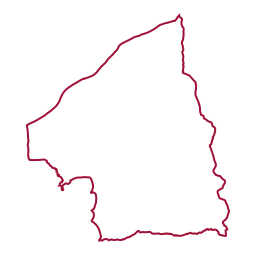 the district of Sandan, Kâmpóng Thum, Cambodia
{"feature_id": "14789045B38871502259240", "entity_name": "Sandan", "entity_type": "district", "adm_level": 2, "iso_a3": "KHM", "parent_name": "Cambodia", "parent_adm1": "Kâmpóng Thum", "projection": "albers", "projection_center": [105.429, 13.113], "detail": "fine", "context": "isolated", "style": "outline", "palette": "rose", "viewbox_px": 256, "rotation_deg": 0, "n_neighbors": 0, "source": "geoboundaries", "source_scale": "gbopen_adm2", "svg_char_len": 5816}
<svg xmlns="http://www.w3.org/2000/svg" viewBox="0 0 256 256"><path d="M29.6,159.9L33.2,160.1L38.1,160.0L44.5,159.5L45.1,159.9L46.7,160.7L46.9,161.0L46.9,162.2L47.3,162.3L48.2,163.4L48.9,163.7L49.6,164.9L50.5,165.7L50.4,165.8L51.7,166.7L52.1,167.6L53.5,168.0L54.9,168.3L55.6,168.6L55.4,168.9L55.9,169.0L56.0,169.5L56.6,169.8L56.4,170.2L56.7,170.7L56.5,171.4L56.8,171.4L56.8,171.7L57.2,172.0L57.4,172.8L57.4,173.4L57.5,173.6L57.6,174.0L57.9,174.2L57.6,174.5L57.7,174.8L57.6,175.3L57.7,175.7L57.8,175.8L58.2,175.9L58.7,175.7L58.6,176.0L58.8,176.1L59.0,176.1L60.2,176.8L60.8,177.0L61.4,177.8L61.8,178.2L62.0,179.1L62.3,179.3L62.5,179.9L62.9,180.4L62.2,181.8L62.0,181.6L61.6,181.8L60.7,182.8L60.0,183.3L59.3,185.5L60.0,185.3L60.7,185.7L61.2,186.1L62.0,188.1L62.0,188.5L61.6,189.2L61.8,189.8L62.3,190.2L62.8,190.2L63.2,189.7L63.3,189.4L62.6,187.8L62.5,187.1L62.5,186.4L62.9,185.2L64.5,184.2L65.2,183.6L65.7,183.3L67.5,183.9L67.9,184.0L69.0,183.4L69.8,182.9L70.4,181.9L70.5,181.5L70.4,180.5L72.3,179.6L74.1,178.6L76.5,177.7L78.0,177.6L80.9,177.5L83.7,177.1L83.9,177.3L85.8,177.2L89.5,177.4L90.5,178.0L91.5,179.9L92.3,182.3L93.0,185.2L93.1,186.4L93.1,187.3L92.4,189.6L91.1,192.2L91.0,192.7L91.1,192.8L91.5,193.0L92.9,192.3L94.2,192.7L95.2,193.5L95.8,194.3L95.9,195.1L96.3,198.2L96.0,202.4L94.6,207.1L93.8,208.9L91.7,210.4L91.6,210.5L92.1,211.1L92.7,211.6L93.4,212.7L93.9,214.1L93.9,214.9L93.6,217.3L91.7,220.7L91.8,221.2L92.2,221.7L93.0,222.0L95.6,224.2L96.7,225.4L98.8,228.8L100.0,232.5L101.0,236.7L101.0,237.2L100.4,238.3L99.4,239.6L99.2,240.0L99.3,240.6L100.5,240.1L100.9,240.1L101.9,240.6L102.4,240.5L103.8,239.4L105.9,239.0L107.1,239.2L108.9,240.3L109.5,240.2L110.1,239.7L110.6,239.6L111.7,239.5L112.4,239.8L114.0,240.0L115.5,240.0L116.8,239.4L119.6,240.0L121.5,240.0L122.8,239.5L122.9,239.2L124.2,239.3L125.2,238.6L127.4,237.4L129.1,237.1L131.3,236.0L132.6,235.0L133.9,234.5L135.0,233.8L137.3,231.5L138.0,231.0L138.5,230.9L138.9,231.0L139.6,232.2L140.2,232.4L141.1,232.4L142.2,232.0L144.2,232.2L146.6,232.2L149.3,231.8L150.5,232.1L151.9,233.3L152.9,233.7L155.0,233.6L156.2,233.8L157.4,233.5L158.7,233.5L159.6,233.7L159.9,234.0L160.7,234.1L161.0,234.0L162.1,234.1L163.1,234.0L164.6,233.6L166.1,233.8L166.7,233.4L168.3,233.8L168.7,233.7L169.0,233.9L170.1,233.7L170.5,234.1L171.5,234.1L173.0,234.8L174.3,235.7L175.5,235.2L175.7,235.5L176.0,235.5L176.6,235.3L177.0,235.7L177.4,235.7L177.8,235.6L178.3,235.6L179.4,235.9L181.8,235.7L183.3,235.1L186.0,234.3L186.6,233.8L187.0,233.8L187.3,234.0L189.4,233.1L190.6,232.8L190.9,233.1L192.0,233.5L192.9,233.5L194.1,233.7L194.9,233.4L196.2,233.6L196.9,234.0L198.1,233.4L198.2,233.2L198.8,232.8L199.4,232.7L199.8,232.4L200.2,232.5L200.5,232.8L201.1,232.8L202.0,232.2L202.4,232.1L202.7,231.7L203.2,231.5L203.5,231.0L204.1,230.6L205.4,230.4L205.9,229.9L206.1,229.4L206.6,229.5L207.6,229.0L208.0,229.1L208.3,229.8L209.0,229.8L211.3,229.0L211.5,229.2L211.7,229.7L212.1,229.9L213.2,229.7L214.1,229.9L215.3,229.6L216.7,230.1L217.3,230.8L217.4,231.2L218.3,232.0L218.6,232.3L218.5,233.6L219.0,234.0L219.2,234.5L219.4,234.6L221.2,235.3L221.7,235.1L222.3,235.5L222.9,235.4L223.4,235.7L225.7,236.0L225.8,235.8L226.0,234.1L225.7,233.5L225.8,232.4L225.5,230.6L225.6,230.4L227.2,229.5L227.3,229.2L226.0,226.6L225.8,226.3L224.3,225.7L224.1,224.6L223.0,223.3L222.9,222.5L222.9,222.0L223.3,221.4L225.1,220.0L225.9,219.2L227.2,217.3L227.9,214.7L228.8,212.2L229.1,210.8L227.9,208.1L227.7,206.2L226.2,203.3L225.2,200.6L224.0,199.8L220.0,198.4L219.7,198.1L219.3,197.6L217.7,193.0L217.6,192.0L217.7,191.1L218.0,190.7L218.8,190.3L219.9,189.4L222.1,188.4L222.6,187.9L223.2,185.7L224.4,183.7L224.9,182.4L225.1,181.9L225.0,181.2L224.6,180.3L222.8,179.2L220.0,176.0L217.9,175.8L217.2,175.2L215.7,174.8L213.9,172.4L213.5,171.7L213.4,171.0L213.5,170.2L215.9,165.8L215.7,163.5L214.4,160.5L213.3,155.7L211.1,149.4L210.6,147.8L209.7,146.1L210.0,145.6L210.0,145.0L211.2,144.2L211.3,143.7L211.9,141.7L211.7,141.3L212.4,139.8L212.9,139.0L213.0,138.1L212.7,137.9L213.0,137.4L212.9,137.1L213.9,135.3L214.5,133.8L214.7,133.0L214.7,132.1L215.1,131.4L215.2,131.1L215.1,130.3L215.2,129.5L215.1,128.3L214.7,127.6L212.5,126.0L212.1,123.9L211.4,122.6L211.0,122.3L210.5,122.0L209.8,121.9L209.1,121.7L207.2,120.6L205.7,119.2L204.8,118.9L204.1,118.5L203.9,118.0L203.7,116.5L203.3,115.9L202.6,115.4L201.2,115.0L201.1,114.8L200.1,111.6L200.0,108.0L199.4,105.1L198.3,101.7L195.7,95.6L195.4,93.5L195.5,91.5L196.0,88.7L196.1,86.1L196.0,84.9L195.4,81.9L195.2,81.7L195.0,81.8L189.4,75.5L182.9,72.8L182.9,72.2L183.2,71.7L182.9,71.2L182.8,70.5L183.2,70.0L183.2,67.9L183.7,66.6L183.7,66.3L183.3,65.9L183.0,65.0L183.3,64.6L183.3,63.7L183.6,63.1L183.3,62.0L183.3,61.4L182.9,60.1L182.9,59.4L183.3,57.7L183.3,56.1L182.9,54.3L182.2,52.5L182.3,51.8L183.1,50.6L183.3,50.0L183.3,49.3L182.8,46.3L181.9,43.3L181.9,42.5L182.0,41.9L183.0,39.7L183.2,38.5L183.2,37.4L183.7,35.5L183.4,33.8L183.6,32.7L183.4,31.9L183.7,28.9L183.4,27.9L182.2,26.4L181.6,24.6L181.4,22.5L181.5,21.9L181.9,20.1L182.0,19.1L181.6,18.3L179.6,17.0L179.2,16.2L179.2,15.4L177.6,16.9L177.0,18.5L174.9,20.8L173.8,20.9L166.6,23.0L165.8,23.0L160.5,24.8L159.2,25.4L156.6,27.4L152.9,29.8L150.1,31.4L147.6,32.5L145.3,33.4L141.6,34.5L139.1,35.8L134.2,37.1L130.4,39.3L123.7,42.6L121.1,44.1L119.1,45.8L117.5,49.2L116.4,50.6L114.8,52.0L112.9,54.4L109.2,57.9L107.9,59.3L105.8,62.3L103.9,64.2L101.2,66.7L96.4,72.6L94.9,74.0L93.5,75.1L92.0,75.9L84.4,78.8L84.2,78.5L81.3,79.7L78.9,81.2L78.1,81.6L75.6,83.2L73.1,84.5L66.7,88.9L64.5,91.2L63.0,93.3L61.9,95.1L60.1,99.1L59.9,100.1L58.5,102.8L56.3,105.9L54.5,107.6L50.7,110.9L47.3,113.3L44.9,115.3L43.3,116.3L37.0,120.1L32.7,122.3L30.6,123.2L26.9,125.2L27.8,131.6L28.0,136.3L28.4,141.0L28.4,141.9L27.9,143.9L27.7,145.5L28.2,147.1L28.4,149.9L28.4,151.3L28.1,154.8L28.2,156.2L28.9,158.9L29.6,159.9Z" fill="none" stroke="#9f1239" stroke-width="2"/></svg>